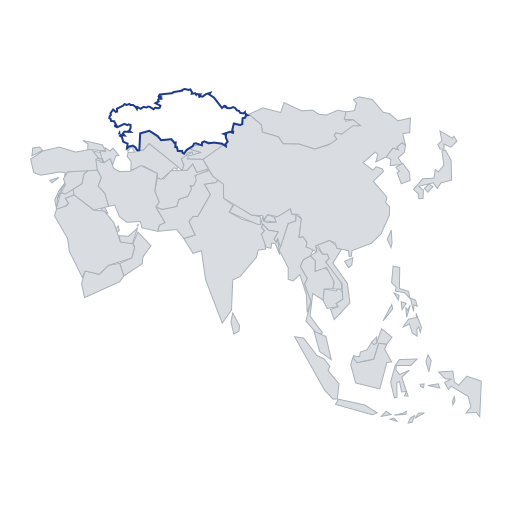 Kazakhstan highlighted on a map of Asia
{"feature_id": "KAZ", "entity_name": "Kazakhstan", "entity_type": "country or territory", "adm_level": 0, "iso_a3": "KAZ", "parent_name": "Asia", "parent_adm1": "", "projection": "equal_earth", "projection_center": [65.802, 47.999], "detail": "medium", "context": "in_parent", "style": "outline", "palette": "blue", "viewbox_px": 512, "rotation_deg": 0, "n_neighbors": 45, "source": "natural_earth", "source_scale": "50m", "svg_char_len": 14198}
<svg xmlns="http://www.w3.org/2000/svg" viewBox="0 0 512 512"><path d="M139.3,150.4L140.0,133.4L149.1,130.7L161.2,140.2L171.4,139.2L175.6,142.5L177.8,151.1L183.4,153.5L192.9,145.9L191.1,149.4L200.6,152.5L196.1,155.9L191.9,155.6L192.0,152.0L187.2,153.1L184.5,158.8L181.4,158.6L184.0,165.4L182.0,170.3L149.1,143.7L143.3,150.3L139.3,150.4Z" fill="#d9dde1" stroke="#a8b0b8" stroke-width="1"/><path d="M481.3,381.1L479.7,416.8L476.4,412.4L466.1,413.0L470.8,407.0L468.3,396.5L451.2,386.3L448.4,389.4L444.5,382.3L451.5,379.0L445.6,379.0L438.6,372.0L452.8,371.1L454.4,382.0L458.6,385.3L466.8,376.2L481.3,381.1ZM414.6,415.6L412.0,422.4L408.1,423.0L410.5,417.8L414.6,415.6ZM452.8,404.7L452.6,400.6L454.3,396.7L455.0,401.0L452.8,404.7ZM386.8,344.1L384.6,349.0L391.6,361.9L386.8,362.5L379.8,388.9L355.7,383.0L350.6,364.5L353.5,355.8L357.0,362.6L370.4,360.1L373.7,359.0L378.6,343.2L386.8,344.1ZM427.8,385.5L438.3,383.8L439.7,388.0L427.8,385.5ZM423.5,387.7L420.7,386.7L420.0,384.3L424.1,384.0L423.5,387.7ZM428.0,354.9L431.2,360.6L428.8,371.8L425.9,361.3L428.0,354.9ZM399.3,359.6L417.1,359.0L410.8,365.5L396.5,365.5L395.9,369.7L399.5,374.6L409.4,370.2L401.8,377.3L408.1,396.2L404.4,395.8L406.5,391.4L401.5,392.0L399.6,381.3L396.8,382.9L397.0,397.2L394.4,398.0L390.6,382.2L395.0,366.0L399.3,359.6ZM397.3,421.5L390.1,419.2L393.9,418.2L397.3,421.5ZM394.2,415.2L402.7,413.3L406.5,411.3L405.7,414.3L394.2,415.2ZM386.1,411.3L391.0,414.6L381.2,416.4L386.1,411.3ZM338.4,399.2L364.9,405.0L377.2,412.8L372.4,414.8L335.5,404.4L338.4,399.2ZM328.1,370.7L338.9,383.7L337.4,399.0L332.9,399.1L324.5,390.0L294.6,336.7L303.6,338.0L316.7,355.3L324.3,359.1L329.8,366.3L328.1,370.7Z" fill="#d9dde1" stroke="#a8b0b8" stroke-width="1"/><path d="M414.9,418.3L418.7,413.1L424.4,412.9L414.9,418.3Z" fill="#d9dde1" stroke="#a8b0b8" stroke-width="1"/><path d="M61.9,189.4L57.9,196.5L56.4,208.4L54.8,199.7L59.1,190.4L61.9,189.4Z" fill="#d9dde1" stroke="#a8b0b8" stroke-width="1"/><path d="M65.4,184.8L59.2,190.3L65.0,182.8L65.4,184.8Z" fill="#d9dde1" stroke="#a8b0b8" stroke-width="1"/><path d="M60.4,193.8L57.4,199.0L59.1,193.1L60.4,193.8Z" fill="#d9dde1" stroke="#a8b0b8" stroke-width="1"/><path d="M60.4,193.8L73.1,188.9L74.0,195.0L65.4,198.3L68.7,203.3L60.6,210.0L56.4,208.4L60.4,193.8Z" fill="#d9dde1" stroke="#a8b0b8" stroke-width="1"/><path d="M119.0,235.6L128.4,236.3L137.5,228.0L132.1,244.8L120.4,242.2L119.0,235.6Z" fill="#d9dde1" stroke="#a8b0b8" stroke-width="1"/><path d="M116.1,233.0L116.0,229.2L118.2,225.9L119.3,230.6L116.1,233.0Z" fill="#d9dde1" stroke="#a8b0b8" stroke-width="1"/><path d="M103.9,205.6L107.8,213.3L100.8,210.5L103.9,205.6Z" fill="#d9dde1" stroke="#a8b0b8" stroke-width="1"/><path d="M74.0,195.0L73.1,188.9L81.9,183.7L83.9,174.1L89.9,169.1L97.2,170.2L101.4,177.5L98.2,185.9L104.9,193.4L108.7,206.3L93.7,210.1L74.0,195.0Z" fill="#d9dde1" stroke="#a8b0b8" stroke-width="1"/><path d="M132.9,243.7L137.9,232.1L151.0,245.8L143.0,256.7L142.3,263.7L123.8,276.0L119.7,263.4L131.7,258.0L134.6,247.4L132.9,243.7ZM138.4,224.9L136.8,226.2L138.0,224.4L138.4,224.9Z" fill="#d9dde1" stroke="#a8b0b8" stroke-width="1"/><path d="M323.0,300.1L324.1,289.0L336.5,290.9L338.1,287.2L342.9,292.8L342.8,299.3L336.2,303.5L338.2,306.7L327.1,308.5L323.0,300.1Z" fill="#d9dde1" stroke="#a8b0b8" stroke-width="1"/><path d="M333.0,288.8L324.1,289.0L323.0,300.1L312.7,293.5L310.1,316.1L322.4,332.7L318.5,335.6L305.9,321.0L311.0,301.7L304.5,284.2L307.1,278.5L300.2,266.3L303.3,259.6L310.4,255.8L315.4,260.9L315.2,271.3L323.5,267.1L329.9,271.8L334.1,281.8L333.0,288.8Z" fill="#d9dde1" stroke="#a8b0b8" stroke-width="1"/><path d="M341.8,289.2L333.0,288.8L334.1,281.8L326.5,267.4L315.2,271.3L315.4,260.9L310.4,255.8L316.7,251.8L315.6,245.8L322.4,254.0L327.3,254.0L329.2,258.6L325.8,262.0L340.8,279.9L341.8,289.2Z" fill="#d9dde1" stroke="#a8b0b8" stroke-width="1"/><path d="M310.4,255.8L303.3,259.6L300.2,266.3L307.1,278.5L304.5,284.2L311.0,301.7L307.2,312.4L306.4,295.0L299.9,274.5L293.1,281.0L288.2,279.3L288.2,267.6L279.1,250.2L288.1,223.5L295.7,220.9L295.8,214.8L301.4,218.7L299.0,237.5L303.0,236.6L307.0,242.4L306.2,246.8L313.8,248.2L310.4,255.8Z" fill="#d9dde1" stroke="#a8b0b8" stroke-width="1"/><path d="M330.5,309.3L338.2,306.7L336.2,303.5L342.8,299.3L342.1,283.8L325.8,262.0L329.2,258.6L327.3,254.0L322.4,254.0L317.6,245.0L329.5,240.3L341.2,249.8L332.9,263.1L347.4,283.4L349.9,302.9L334.3,319.6L330.5,309.3Z" fill="#d9dde1" stroke="#a8b0b8" stroke-width="1"/><path d="M405.5,145.3L404.4,152.4L398.2,157.7L402.5,164.4L390.1,165.7L390.9,159.5L386.1,156.9L388.2,153.9L392.9,148.0L398.2,149.7L396.8,147.2L402.2,142.6L405.5,145.3Z" fill="#d9dde1" stroke="#a8b0b8" stroke-width="1"/><path d="M395.9,167.4L402.7,163.2L409.3,172.1L410.1,180.4L401.3,183.8L397.0,172.4L399.5,171.5L395.9,167.4Z" fill="#d9dde1" stroke="#a8b0b8" stroke-width="1"/><path d="M248.9,114.3L262.9,107.9L280.7,112.5L284.0,102.6L302.0,110.9L312.5,110.1L319.0,114.4L326.6,115.0L337.7,110.2L346.0,111.8L345.7,121.2L353.2,119.7L360.5,124.2L341.5,134.2L335.6,132.9L334.5,135.8L337.0,139.1L332.9,143.1L314.8,149.1L299.1,144.1L283.1,143.8L278.3,136.8L262.3,132.1L261.4,124.9L248.9,114.3Z" fill="#d9dde1" stroke="#a8b0b8" stroke-width="1"/><path d="M295.8,214.8L295.7,220.9L288.1,223.5L280.4,247.2L277.7,238.9L276.2,242.2L273.9,239.5L278.1,231.8L268.4,230.3L262.8,224.2L261.6,227.7L264.6,230.4L261.5,234.3L264.0,235.7L265.6,249.1L258.1,250.1L256.5,257.2L240.1,276.5L232.7,280.0L231.5,310.0L222.2,323.1L205.5,279.5L201.5,250.8L193.0,253.4L183.8,238.5L195.0,235.0L188.9,221.6L193.1,216.2L197.6,216.6L210.3,194.4L204.2,184.2L215.8,182.5L219.2,178.4L223.5,184.2L223.6,198.2L232.9,205.0L229.4,212.1L242.1,219.4L260.8,224.3L262.8,215.7L263.6,220.8L267.2,222.7L276.0,222.1L274.4,217.3L290.6,208.7L291.6,214.0L295.8,214.8Z" fill="#d9dde1" stroke="#a8b0b8" stroke-width="1"/><path d="M277.7,238.9L279.6,254.5L275.2,243.4L271.5,243.2L271.0,248.3L266.0,247.1L261.5,234.3L264.6,230.4L261.6,227.7L262.8,224.2L268.4,230.3L278.1,231.8L273.9,239.5L276.2,242.2L277.7,238.9Z" fill="#d9dde1" stroke="#a8b0b8" stroke-width="1"/><path d="M274.4,217.3L276.0,222.1L263.6,220.8L267.7,214.6L274.4,217.3Z" fill="#d9dde1" stroke="#a8b0b8" stroke-width="1"/><path d="M260.5,216.8L260.8,224.3L257.6,224.4L229.4,212.1L234.5,203.8L251.6,215.1L260.5,216.8Z" fill="#d9dde1" stroke="#a8b0b8" stroke-width="1"/><path d="M219.2,178.4L215.8,182.5L204.2,184.2L210.3,194.4L197.6,216.6L193.1,216.2L188.9,221.6L195.0,235.0L183.8,238.5L176.8,229.5L157.8,231.3L159.3,225.2L164.9,222.6L155.7,206.8L162.1,209.4L176.6,206.5L178.9,199.3L187.8,196.3L196.9,173.4L209.0,170.4L213.0,176.4L219.2,178.4Z" fill="#d9dde1" stroke="#a8b0b8" stroke-width="1"/><path d="M170.7,170.5L187.0,170.3L192.8,163.8L196.8,172.3L201.9,168.6L209.0,170.4L194.8,175.5L196.2,180.1L193.6,185.8L190.0,185.7L191.5,189.0L187.8,196.3L178.9,199.3L176.6,206.5L162.1,209.4L155.7,206.8L159.2,202.2L154.7,190.9L157.5,177.6L164.1,178.8L170.7,170.5Z" fill="#d9dde1" stroke="#a8b0b8" stroke-width="1"/><path d="M182.0,170.3L184.0,165.4L181.4,158.6L192.0,152.0L193.4,155.4L187.8,158.8L203.1,159.3L208.3,169.0L196.8,172.3L192.8,163.8L187.0,170.3L182.0,170.3Z" fill="#d9dde1" stroke="#a8b0b8" stroke-width="1"/><path d="M192.9,145.9L201.9,144.8L204.3,141.1L226.1,145.5L203.1,159.3L187.8,158.8L188.1,156.1L200.6,152.5L191.1,149.4L192.9,145.9Z" fill="#d9dde1" stroke="#a8b0b8" stroke-width="1"/><path d="M127.0,148.2L132.8,145.7L137.4,150.6L143.3,150.3L149.1,143.7L177.3,166.3L177.2,169.3L174.3,167.8L161.3,179.5L157.5,177.6L157.3,173.5L143.5,166.0L130.8,170.1L131.1,161.6L127.1,156.4L128.2,152.4L134.8,152.1L131.4,146.6L127.9,151.2L127.0,148.2Z" fill="#d9dde1" stroke="#a8b0b8" stroke-width="1"/><path d="M108.7,206.3L104.9,193.4L98.2,185.9L101.4,177.5L95.5,166.3L95.8,159.3L102.9,162.6L110.2,158.6L113.6,168.2L119.4,171.6L130.4,171.2L140.9,165.6L157.3,173.5L154.7,190.9L159.2,202.2L155.7,206.8L164.9,222.6L159.3,225.2L157.8,231.3L141.9,227.8L140.4,221.5L126.9,222.3L119.5,216.8L114.7,205.1L108.7,206.3Z" fill="#d9dde1" stroke="#a8b0b8" stroke-width="1"/><path d="M61.2,192.2L65.4,184.8L63.5,178.8L67.4,171.9L88.3,169.9L83.9,174.1L81.9,183.7L65.2,194.2L61.2,192.2Z" fill="#d9dde1" stroke="#a8b0b8" stroke-width="1"/><path d="M104.2,162.5L94.6,155.4L94.7,151.4L101.7,152.7L104.2,162.5Z" fill="#d9dde1" stroke="#a8b0b8" stroke-width="1"/><path d="M97.2,170.2L67.4,171.9L64.6,176.8L65.2,172.7L59.9,172.0L41.0,175.2L33.7,172.7L30.7,159.1L43.3,150.8L59.3,147.1L75.8,152.1L91.5,149.1L98.4,158.0L95.8,159.3L97.2,170.2ZM32.7,148.0L39.6,147.1L42.5,150.4L32.0,155.9L32.7,148.0Z" fill="#d9dde1" stroke="#a8b0b8" stroke-width="1"/><path d="M239.5,325.5L239.0,331.2L233.8,334.0L231.0,321.8L232.7,313.0L239.5,325.5Z" fill="#d9dde1" stroke="#a8b0b8" stroke-width="1"/><path d="M348.5,267.7L344.6,261.4L352.8,257.6L351.7,265.1L348.5,267.7ZM203.1,159.3L227.9,141.7L224.1,133.7L232.6,130.9L234.3,122.9L241.3,124.4L242.6,118.0L248.9,114.3L261.4,124.9L262.3,132.1L278.3,136.8L283.1,143.8L299.1,144.1L314.8,149.1L329.1,144.7L337.0,139.1L334.5,135.8L335.6,132.9L341.5,134.2L352.9,125.8L360.6,125.7L353.2,119.7L344.3,119.4L346.0,111.8L354.4,110.7L356.5,103.0L353.4,99.7L359.1,96.9L372.3,99.5L383.2,112.3L389.6,113.7L397.9,120.9L410.4,117.9L409.7,132.7L402.7,133.5L405.5,145.3L402.2,142.6L396.8,147.2L398.2,149.7L392.9,148.0L386.1,156.9L375.8,161.9L377.9,154.6L375.3,152.1L363.1,162.6L372.9,170.3L376.1,166.8L382.3,168.8L383.5,171.4L373.3,181.3L387.0,197.3L385.6,202.5L389.6,206.8L389.5,215.0L380.9,234.0L371.3,243.3L352.0,250.6L351.3,256.2L349.1,256.5L348.4,250.6L337.1,248.4L335.3,243.2L329.5,240.3L315.6,245.8L316.7,251.8L306.2,246.8L307.0,242.4L303.0,236.6L299.0,237.5L301.4,218.7L298.0,214.4L291.6,214.0L290.6,208.7L277.4,216.7L267.7,214.6L263.4,219.7L262.8,215.7L251.6,215.1L223.6,198.2L223.5,184.2L213.0,176.4L203.1,159.3Z" fill="#d9dde1" stroke="#a8b0b8" stroke-width="1"/><path d="M391.3,230.1L392.0,243.3L391.0,247.6L387.3,239.2L391.3,230.1Z" fill="#d9dde1" stroke="#a8b0b8" stroke-width="1"/><path d="M105.2,147.8L110.0,151.1L113.0,148.1L118.9,155.4L115.9,155.8L112.7,164.6L110.2,158.6L104.2,162.5L101.5,157.1L99.8,150.7L105.2,151.6L105.2,147.8ZM102.9,162.6L100.4,162.0L98.4,158.0L101.7,159.1L102.9,162.6Z" fill="#d9dde1" stroke="#a8b0b8" stroke-width="1"/><path d="M83.1,140.5L102.2,144.8L105.7,151.0L87.7,149.3L88.0,144.2L83.1,140.5Z" fill="#d9dde1" stroke="#a8b0b8" stroke-width="1"/><path d="M398.4,300.0L394.1,293.1L399.1,295.3L398.4,300.0ZM406.6,317.3L405.8,307.2L407.6,310.5L410.2,305.3L406.6,317.3ZM416.1,313.3L421.5,327.4L420.3,332.4L418.6,326.8L416.8,329.6L417.2,336.2L412.3,333.0L409.4,323.8L402.7,327.3L408.7,319.1L416.6,317.5L416.1,313.3ZM392.7,309.0L383.1,320.9L391.7,304.5L392.7,309.0ZM399.7,267.5L399.4,288.5L408.6,291.4L409.7,298.2L404.6,292.7L395.2,291.0L396.3,287.4L391.6,282.7L393.1,266.0L399.7,267.5ZM402.1,309.6L401.1,301.7L406.2,303.4L402.1,309.6ZM415.6,300.2L417.2,306.3L413.9,304.8L413.5,311.3L410.4,298.1L415.6,300.2Z" fill="#d9dde1" stroke="#a8b0b8" stroke-width="1"/><path d="M314.0,331.3L325.9,336.5L331.3,359.7L319.7,351.6L314.0,331.3ZM386.8,344.1L378.6,343.2L373.7,359.0L357.0,362.6L354.2,359.5L353.5,355.8L359.6,356.7L360.4,352.0L367.0,349.8L371.8,342.0L376.5,343.1L381.6,328.8L391.9,337.1L386.8,344.1Z" fill="#d9dde1" stroke="#a8b0b8" stroke-width="1"/><path d="M376.7,336.9L376.5,343.1L373.7,344.8L371.8,342.0L376.7,336.9Z" fill="#d9dde1" stroke="#a8b0b8" stroke-width="1"/><path d="M451.1,160.5L451.6,180.1L441.0,182.8L437.3,188.4L433.1,182.8L418.7,186.3L423.4,190.0L423.0,198.5L418.8,198.7L418.6,194.2L413.5,189.3L422.8,178.7L434.0,178.2L435.3,169.5L438.4,171.9L443.8,165.1L442.0,150.9L445.5,150.1L451.1,160.5ZM452.2,138.1L453.9,136.2L456.9,141.3L450.9,147.2L444.0,144.0L444.0,149.1L440.1,149.2L437.8,144.5L441.9,140.7L439.9,130.9L452.2,138.1ZM424.4,188.4L429.0,184.0L433.0,186.7L427.8,192.2L424.4,188.4Z" fill="#d9dde1" stroke="#a8b0b8" stroke-width="1"/><path d="M119.7,263.4L123.8,276.0L119.9,281.6L84.5,297.6L81.5,283.7L85.1,271.0L99.4,274.3L108.2,265.4L119.7,263.4Z" fill="#d9dde1" stroke="#a8b0b8" stroke-width="1"/><path d="M56.5,209.2L66.5,205.9L68.7,203.3L65.4,198.3L74.0,195.0L93.7,210.1L104.2,211.0L114.0,222.9L120.4,242.2L132.9,243.7L134.6,247.4L131.7,258.0L108.2,265.4L99.4,274.3L85.1,271.0L82.4,277.6L69.3,251.2L67.6,238.5L54.5,215.8L56.5,209.2Z" fill="#d9dde1" stroke="#a8b0b8" stroke-width="1"/><path d="M58.7,177.5L52.0,182.9L49.7,180.3L58.7,177.5Z" fill="#d9dde1" stroke="#a8b0b8" stroke-width="1"/><path d="M192.9,146.0L186.6,149.9L184.0,153.7L182.6,152.8L182.2,150.9L177.8,151.0L177.0,147.2L175.3,147.1L175.6,142.6L174.5,143.1L171.4,139.2L161.1,140.2L157.7,136.1L149.3,130.8L140.2,133.4L139.3,150.3L137.4,150.5L135.4,147.3L132.9,145.6L129.1,146.5L127.0,148.2L127.6,143.6L123.2,141.7L121.9,137.0L120.0,135.8L120.6,135.1L124.5,135.5L122.8,133.7L124.4,131.7L130.6,131.9L129.2,130.8L130.6,128.0L130.6,125.0L128.6,124.4L127.4,125.1L124.2,123.9L117.2,127.3L115.1,126.3L114.9,125.6L116.4,125.4L114.1,121.2L111.1,121.1L110.6,118.9L109.3,118.2L109.6,116.4L110.9,114.9L110.4,113.4L113.1,109.6L115.7,111.9L117.1,111.6L117.0,108.7L123.0,105.7L124.7,104.0L126.5,105.0L129.5,104.0L130.5,105.0L133.1,105.0L135.6,106.9L136.9,109.0L137.3,107.0L140.7,108.8L143.5,106.9L146.6,107.5L148.0,106.6L149.7,106.8L153.5,109.2L155.3,107.7L158.3,108.3L159.8,107.6L160.4,105.7L155.4,103.1L158.7,101.4L158.0,100.0L158.9,98.8L162.3,98.7L159.5,97.5L160.6,96.5L158.8,96.1L159.7,94.5L172.2,93.2L173.5,92.1L182.1,90.7L182.3,89.9L184.7,89.0L188.6,89.9L190.4,89.4L192.0,92.2L191.7,93.7L195.3,93.3L196.2,94.8L196.7,94.1L200.3,94.4L199.0,95.8L199.4,96.9L200.8,96.2L202.5,96.7L205.9,94.2L210.3,92.8L209.3,94.5L214.0,97.6L222.0,108.0L224.3,105.8L225.6,106.2L225.5,107.2L226.6,107.2L227.0,108.1L230.4,108.2L233.2,107.1L235.2,108.0L236.8,110.3L239.1,111.0L240.2,112.9L243.4,113.4L244.9,112.2L244.9,113.2L247.5,115.2L245.8,115.4L245.2,117.7L242.6,118.3L242.3,124.1L240.1,125.1L233.8,123.6L232.1,130.7L233.2,131.4L233.0,132.8L230.0,131.8L223.8,133.9L226.0,134.7L225.8,137.5L227.6,141.8L225.7,143.8L225.9,146.3L221.9,143.6L214.2,142.6L208.5,143.3L204.3,141.4L202.0,142.5L201.9,145.3L195.7,143.3L193.9,143.8L192.9,146.0ZM119.4,133.2L119.5,134.1L119.2,133.6L119.4,133.2ZM128.8,131.0L128.5,131.4L128.4,131.2L128.8,131.0Z" fill="none" stroke="#1e3a8a" stroke-width="2"/></svg>